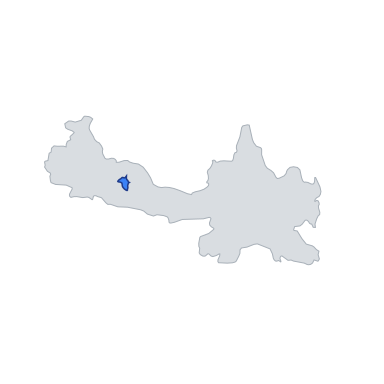 Phalanxay, Savannakhét, Laos (highlighted), rotated 144°
{"feature_id": "54806243B24177068581900", "entity_name": "Phalanxay", "entity_type": "district", "adm_level": 2, "iso_a3": "LAO", "parent_name": "Laos", "parent_adm1": "Savannakhét", "projection": "mercator", "projection_center": [105.619, 16.736], "detail": "fine", "context": "in_parent", "style": "filled", "palette": "blue", "viewbox_px": 384, "rotation_deg": 144, "n_neighbors": 0, "source": "geoboundaries", "source_scale": "gbopen_adm2", "svg_char_len": 5560}
<svg xmlns="http://www.w3.org/2000/svg" viewBox="0 0 384 384"><g transform="rotate(144 192 192)"><path d="M141.4,65.6L143.0,68.5L150.5,76.5L151.8,78.7L154.5,80.3L156.8,87.4L157.8,87.8L159.0,87.4L160.0,86.4L160.8,83.6L161.3,83.3L162.1,85.6L164.2,86.3L165.1,87.2L165.4,89.0L165.1,90.7L163.3,94.7L162.3,100.1L169.6,111.6L172.6,113.2L179.9,115.1L184.8,117.6L187.1,117.0L189.3,114.2L191.9,112.6L196.8,110.1L198.3,110.0L201.0,111.0L205.4,113.8L212.1,119.2L211.9,120.6L210.7,122.0L207.1,124.1L205.9,125.5L206.6,126.0L209.6,126.3L213.1,127.5L214.2,129.0L214.8,132.1L215.4,132.7L218.7,132.4L219.7,132.8L220.9,133.8L222.1,136.5L222.0,138.5L218.8,142.0L218.4,144.0L216.7,146.5L212.3,150.7L211.1,150.9L202.8,148.6L196.3,149.0L195.7,149.8L196.8,152.4L197.1,154.8L196.1,156.7L192.4,159.2L192.2,160.3L193.0,161.4L198.5,163.6L216.0,175.5L223.9,177.8L227.4,179.3L228.3,180.2L228.3,181.2L227.4,182.5L226.6,184.9L226.6,186.3L227.4,187.6L228.8,189.6L233.7,194.2L237.3,195.2L241.1,200.4L242.2,204.9L244.0,207.8L253.1,217.6L260.7,223.6L265.2,230.0L267.4,231.5L268.0,233.8L268.6,240.6L271.2,244.0L271.8,245.3L272.9,246.3L274.2,246.5L276.9,244.3L277.4,244.6L278.6,248.2L279.7,249.5L283.7,251.7L287.9,256.0L290.2,257.6L293.1,258.8L293.5,260.2L293.0,261.5L292.1,262.4L287.1,264.9L286.5,266.0L289.7,271.5L297.9,278.3L300.5,282.4L299.9,284.3L297.7,288.3L296.0,289.3L295.5,290.6L296.8,293.8L296.6,298.8L295.1,299.9L293.6,303.0L292.6,303.2L290.1,302.1L284.8,307.3L282.5,307.1L279.9,310.0L276.5,310.4L274.1,308.2L269.1,304.7L267.3,302.5L265.8,304.4L263.1,306.2L259.4,305.6L258.4,308.2L257.7,308.6L253.1,309.1L252.3,309.5L253.0,311.9L255.7,315.9L256.5,318.2L254.8,322.0L250.1,321.9L248.0,320.4L245.4,317.2L239.4,315.1L235.4,316.5L234.2,316.4L231.2,313.7L230.1,312.0L229.4,309.4L234.0,307.3L236.3,305.7L237.8,304.0L238.4,302.2L239.2,294.6L239.9,292.0L239.5,288.7L238.2,286.2L238.2,282.3L238.9,279.2L240.6,277.6L241.8,275.4L242.6,270.4L242.0,269.1L240.3,267.8L237.4,266.7L235.6,265.2L234.9,263.4L234.9,261.8L235.8,260.5L233.6,259.0L228.4,257.3L225.5,255.3L224.9,253.0L222.7,249.9L218.9,246.1L216.9,240.7L216.7,233.6L217.2,227.8L218.8,221.0L216.6,216.2L214.2,213.6L210.9,211.7L207.7,209.0L204.6,205.5L201.0,200.3L196.7,193.3L193.9,190.2L192.4,191.0L189.4,190.3L184.7,188.3L180.6,187.2L177.1,187.1L174.9,187.5L173.8,188.6L173.7,189.6L174.6,190.7L174.1,191.5L172.3,192.0L170.8,193.2L169.2,195.7L168.0,199.0L166.3,200.3L163.6,200.6L161.0,201.6L158.4,203.2L157.2,204.4L157.3,205.2L156.8,205.4L155.5,204.9L154.9,203.9L155.0,202.1L153.7,201.0L151.0,200.4L147.9,198.5L142.0,193.7L140.7,193.5L138.8,194.8L136.3,197.4L134.2,198.5L132.6,198.0L131.3,198.9L130.4,201.3L128.8,203.3L120.9,208.4L113.8,215.0L112.0,215.6L107.7,213.8L106.4,212.5L112.3,198.9L113.1,195.6L113.0,191.2L110.5,187.6L110.3,186.5L110.7,185.4L113.8,181.2L117.2,170.3L117.1,166.9L115.5,163.1L114.7,159.6L115.4,154.7L115.1,152.8L113.4,151.9L108.0,150.9L104.9,151.7L103.4,153.0L101.6,153.9L98.2,154.3L95.0,152.7L92.3,149.9L91.7,146.5L95.0,139.1L95.8,136.3L95.8,135.0L95.2,133.6L94.4,133.4L92.6,131.6L91.0,128.6L89.4,127.2L87.9,127.5L86.5,128.6L84.2,131.5L83.5,131.1L85.5,120.9L87.4,116.6L89.6,114.6L91.9,113.7L94.4,114.1L96.5,113.7L98.1,112.6L98.0,112.0L96.0,111.9L95.2,110.7L95.6,108.5L96.5,107.1L97.9,106.5L99.2,104.3L100.5,100.5L102.0,98.7L103.8,98.6L106.9,97.0L111.3,93.8L113.0,90.8L114.7,92.2L114.0,95.7L114.9,96.5L115.3,97.7L115.1,99.7L115.5,101.4L116.1,102.2L117.1,102.6L121.8,101.2L124.6,101.1L129.3,103.7L132.0,101.7L132.1,101.0L129.8,98.6L130.5,89.6L130.2,82.7L126.3,77.7L125.6,75.7L125.2,72.3L124.1,69.5L126.8,67.2L128.3,63.0L130.3,62.0L130.9,62.1L133.2,65.3L136.2,63.7L138.5,63.7L140.4,64.6L141.4,65.6Z" fill="#d9dde1" stroke="#a8b0b8" stroke-width="1"/><path d="M235.6,243.5L236.6,243.2L237.6,243.0L237.7,242.9L237.8,242.9L238.0,242.9L238.1,243.0L238.3,243.1L238.5,243.3L238.7,243.5L238.8,243.6L238.9,243.8L239.0,243.8L239.1,244.0L239.3,244.1L239.4,244.3L239.5,244.4L239.5,244.5L239.8,244.7L240.0,244.7L240.1,244.8L240.3,244.8L240.5,244.7L240.8,244.7L241.0,244.7L241.3,244.6L241.5,244.6L241.9,244.6L242.1,244.6L242.4,244.6L242.7,244.7L242.8,244.7L243.0,244.7L243.2,244.8L243.5,244.8L243.8,244.7L244.2,244.7L244.5,244.6L244.9,244.5L245.2,244.5L245.3,244.4L245.6,244.3L245.8,244.2L245.8,243.9L245.7,243.8L245.6,243.5L245.5,243.4L245.3,243.2L245.2,243.1L245.0,242.9L244.8,242.7L244.6,242.6L244.4,242.3L244.2,242.1L244.1,241.8L243.9,241.6L243.8,241.3L243.7,241.1L243.6,240.8L243.6,240.7L243.5,240.4L243.6,240.2L243.7,239.9L243.8,239.7L244.0,239.3L244.1,239.1L244.3,238.8L244.3,238.7L244.5,238.4L244.7,238.1L244.8,237.9L244.9,237.6L244.9,237.4L245.0,237.2L245.1,236.8L245.1,236.7L245.1,236.3L245.1,236.1L245.1,235.9L245.1,235.7L245.0,235.3L245.0,235.1L245.0,234.9L245.0,234.7L245.0,234.4L244.9,234.1L244.8,233.9L244.8,233.7L244.7,233.5L244.6,233.3L244.6,233.2L244.5,232.8L244.4,232.7L244.3,232.4L244.2,232.2L244.0,231.9L243.9,231.8L243.9,231.7L243.7,231.4L243.4,231.4L243.4,231.5L243.2,231.7L243.1,231.8L242.9,231.9L242.8,232.0L242.7,232.1L242.3,232.3L242.2,232.5L241.9,232.7L241.8,232.8L241.6,232.9L241.5,233.0L241.4,233.1L241.3,233.3L241.2,233.4L241.1,233.5L240.9,233.9L240.9,234.0L240.7,234.3L240.5,234.6L240.4,234.8L240.1,235.1L240.0,235.3L239.9,235.4L239.8,235.5L239.6,235.6L239.4,235.7L239.3,235.8L239.2,235.8L239.0,236.0L238.9,236.1L238.7,236.2L238.6,236.3L238.4,236.4L238.2,236.5L237.6,236.6L237.4,236.6L237.1,236.6L237.4,237.0L237.6,237.3L237.5,237.7L237.4,238.1L237.3,238.4L237.3,238.8L237.2,239.2L237.3,239.8L237.5,240.4L236.9,241.9L235.9,243.1L235.6,243.5Z" fill="#3b82f6" stroke="#1e3a8a" stroke-width="1.5"/></g></svg>